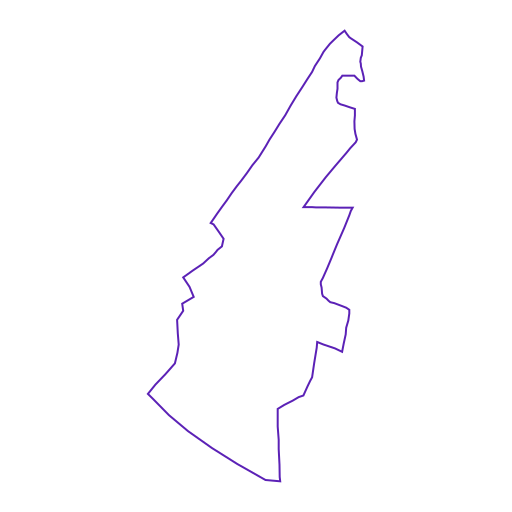 Al-Khidhir, Al-Muthannia, Iraq (Robinson projection)
{"feature_id": "34846034B6386295193387", "entity_name": "Al-Khidhir", "entity_type": "district", "adm_level": 2, "iso_a3": "IRQ", "parent_name": "Iraq", "parent_adm1": "Al-Muthannia", "projection": "robinson", "projection_center": [45.705, 31.261], "detail": "fine", "context": "isolated", "style": "outline", "palette": "violet", "viewbox_px": 512, "rotation_deg": 0, "n_neighbors": 0, "source": "geoboundaries", "source_scale": "gbopen_adm2", "svg_char_len": 2030}
<svg xmlns="http://www.w3.org/2000/svg" viewBox="0 0 512 512"><path d="M329.9,43.8L325.0,49.9L323.5,51.9L319.9,58.4L314.9,66.0L312.1,71.9L307.3,79.2L302.1,87.4L296.4,96.1L290.7,105.5L285.2,115.3L279.5,123.8L274.3,132.2L269.5,139.6L265.7,146.3L258.6,157.6L252.4,165.2L247.1,172.8L241.2,180.7L236.9,186.1L231.7,193.1L226.9,200.2L222.1,206.7L217.1,213.7L211.9,221.3L210.7,223.0L213.6,224.4L218.6,231.5L223.6,238.8L221.9,246.4L217.6,249.8L215.9,252.0L213.4,254.9L208.9,258.2L203.2,263.5L192.7,270.6L183.2,277.4L189.5,286.8L193.7,296.9L182.2,303.7L183.2,310.8L177.1,319.8L177.8,333.4L178.7,344.6L177.4,352.9L174.9,363.4L165.3,374.3L155.5,384.5L148.8,392.8L147.9,393.9L152.6,398.5L169.0,415.2L188.1,431.2L211.9,448.0L237.3,464.0L265.5,480.0L280.2,481.3L279.7,477.0L279.5,464.9L278.7,449.1L278.7,439.9L277.7,426.6L277.7,416.2L277.7,408.9L284.1,405.0L288.0,403.0L292.6,400.7L298.7,397.1L303.4,395.5L307.5,386.4L310.3,380.6L312.1,377.3L314.2,363.0L316.7,347.8L317.2,342.0L323.4,344.5L335.0,348.4L342.1,351.8L343.7,343.6L345.7,334.4L346.2,327.7L348.3,320.5L349.3,313.5L349.3,309.8L346.2,307.7L342.4,306.2L334.2,303.1L330.3,302.2L328.5,300.7L326.5,298.6L322.9,296.1L322.1,293.7L321.6,287.6L320.8,284.3L320.8,281.8L322.9,277.9L327.2,268.2L331.3,258.4L333.1,253.9L337.0,244.4L344.2,228.0L349.3,215.3L350.8,211.0L352.6,207.7L342.4,207.7L324.7,207.4L315.9,207.4L311.6,207.1L308.2,207.1L304.4,207.1L303.6,207.1L309.0,199.5L314.4,191.9L325.7,177.3L334.9,166.3L346.4,152.9L350.3,148.1L355.7,142.3L357.0,139.6L355.4,133.8L354.6,128.9L354.4,121.3L354.9,115.5L354.9,111.3L354.9,108.9L349.8,107.3L344.6,105.5L340.5,104.3L338.0,102.8L337.2,100.9L336.4,97.6L336.9,92.7L337.5,88.8L337.5,84.8L337.5,82.4L338.5,80.0L340.8,77.8L342.3,75.7L346.7,75.7L351.0,75.7L354.4,75.7L357.4,78.8L359.2,80.3L360.3,81.2L362.1,81.2L364.1,80.6L363.6,76.6L362.3,71.2L361.0,66.6L360.8,63.6L360.3,61.7L360.8,57.8L361.8,55.3L362.6,46.5L356.9,42.3L350.8,38.3L349.2,37.1L346.7,33.8L344.6,30.7L338.7,35.3L333.9,39.9L329.9,43.8Z" fill="none" stroke="#5b21b6" stroke-width="2"/></svg>